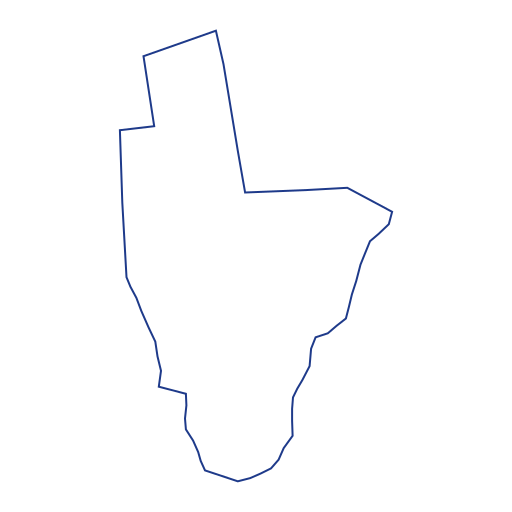 Poço de José de Moura, Paraíba, Brazil
{"feature_id": "56859067B94922107840664", "entity_name": "Poço de José de Moura", "entity_type": "district", "adm_level": 2, "iso_a3": "BRA", "parent_name": "Brazil", "parent_adm1": "Paraíba", "projection": "robinson", "projection_center": [-38.49, -6.591], "detail": "fine", "context": "isolated", "style": "outline", "palette": "blue", "viewbox_px": 512, "rotation_deg": 0, "n_neighbors": 0, "source": "geoboundaries", "source_scale": "gbopen_adm2", "svg_char_len": 784}
<svg xmlns="http://www.w3.org/2000/svg" viewBox="0 0 512 512"><path d="M392.1,211.8L347.3,187.8L305.7,190.1L245.1,192.5L237.8,150.8L223.5,64.2L215.9,30.7L143.5,56.2L154.2,126.2L119.9,130.2L122.3,202.6L126.5,277.2L130.4,286.7L136.4,297.9L141.3,310.9L148.6,327.5L155.3,341.6L157.5,356.4L161.0,370.8L158.8,386.7L185.9,393.8L186.4,405.4L185.0,418.5L185.9,429.4L193.1,440.6L198.2,452.1L200.7,460.9L205.0,470.4L237.8,481.3L250.2,478.1L260.5,473.6L271.0,468.4L278.6,459.7L283.7,448.1L292.6,435.8L292.1,420.8L292.1,408.8L293.0,397.4L297.3,388.6L302.4,380.0L309.6,366.1L311.1,348.7L315.6,337.3L327.8,333.3L336.7,325.7L345.9,318.5L348.9,306.9L351.9,294.4L356.2,281.1L360.5,264.6L365.1,253.2L370.0,241.2L378.6,233.9L388.8,224.2L392.1,211.8Z" fill="none" stroke="#1e3a8a" stroke-width="2"/></svg>